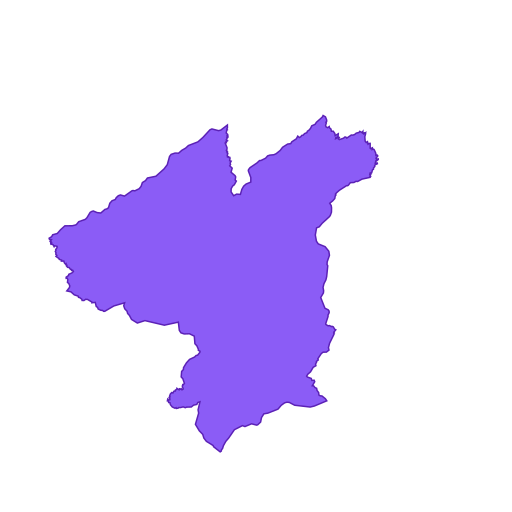 Mansa, Luapula, Zambia (Equal Earth projection), rotated 47°
{"feature_id": "96606910B48291631033153", "entity_name": "Mansa", "entity_type": "district", "adm_level": 2, "iso_a3": "ZMB", "parent_name": "Zambia", "parent_adm1": "Luapula", "projection": "equal_earth", "projection_center": [28.97, -11.124], "detail": "fine", "context": "isolated", "style": "filled", "palette": "violet", "viewbox_px": 512, "rotation_deg": 47, "n_neighbors": 0, "source": "geoboundaries", "source_scale": "gbopen_adm2", "svg_char_len": 6140}
<svg xmlns="http://www.w3.org/2000/svg" viewBox="0 0 512 512"><g transform="rotate(47 256 256)"><path d="M217.5,390.3L224.1,388.5L227.5,381.3L244.1,370.2L251.4,357.9L258.1,362.8L261.0,363.3L264.0,361.7L267.5,357.7L272.5,355.8L278.5,360.5L281.3,360.5L284.8,361.7L285.7,362.5L287.5,361.9L288.2,362.8L288.7,366.4L287.9,367.7L288.0,369.8L286.3,375.1L286.7,379.7L288.2,385.1L289.5,386.5L289.7,389.1L293.4,393.2L295.8,393.2L300.3,395.2L300.5,396.7L300.1,397.2L300.6,397.5L300.8,398.6L303.6,399.9L303.4,401.4L302.0,401.2L302.0,401.9L301.2,402.3L301.4,403.0L300.9,402.9L300.9,403.7L298.9,404.1L299.4,404.7L299.1,406.6L299.7,407.1L298.9,408.3L299.5,410.2L298.4,410.7L298.5,412.7L299.6,414.9L300.2,414.9L300.4,416.2L301.0,415.9L302.3,417.0L301.7,418.2L300.5,418.2L301.5,419.6L302.2,419.0L303.6,419.8L304.6,419.0L306.3,420.0L309.3,420.2L312.0,419.1L312.4,417.9L313.2,418.2L314.2,416.6L314.1,415.9L315.3,414.7L316.7,412.1L318.7,411.2L319.2,409.8L322.3,406.3L322.5,403.4L324.2,400.5L323.4,398.5L324.4,396.4L329.0,403.3L331.8,405.1L337.8,415.1L345.2,416.7L350.1,416.6L353.6,418.3L357.7,418.7L365.4,416.6L366.6,417.1L374.8,415.8L375.0,414.4L374.2,413.5L374.0,411.8L372.5,409.2L371.0,404.6L370.5,400.2L368.3,390.2L370.8,381.6L373.2,380.4L375.7,373.7L380.1,370.9L380.6,369.9L380.6,365.9L377.9,362.1L376.8,357.9L379.0,354.5L383.0,344.3L382.4,339.4L382.9,335.2L384.0,333.1L385.8,331.5L391.5,329.5L403.4,319.4L405.5,315.7L410.2,303.0L407.7,302.6L403.4,303.2L402.0,304.4L400.5,304.8L398.6,303.3L396.1,303.1L394.1,301.9L392.4,302.6L390.3,302.4L389.3,303.3L388.0,298.8L386.5,298.2L385.1,300.0L383.2,299.1L379.5,301.0L378.4,300.9L377.8,298.8L377.9,295.1L376.4,290.1L377.1,287.0L375.6,286.1L375.0,284.2L374.3,283.7L374.5,281.4L373.3,280.8L371.9,274.8L372.1,272.5L374.3,270.1L374.6,266.8L372.4,265.5L370.0,261.7L366.4,252.3L365.7,251.9L365.7,251.2L364.8,251.1L364.4,248.0L363.3,248.4L360.5,247.8L359.2,248.4L359.0,249.1L357.1,249.6L356.2,250.9L353.7,251.6L353.0,251.1L349.4,244.6L348.3,243.6L347.4,241.2L346.1,240.1L344.6,239.9L341.2,241.2L330.5,237.0L329.0,231.9L327.5,230.2L324.7,228.4L322.6,225.2L321.1,221.1L319.3,218.4L312.1,210.2L310.6,209.8L308.8,207.9L305.6,201.8L302.2,199.5L296.3,199.1L289.6,202.2L286.4,201.7L281.1,198.3L276.7,192.5L277.8,189.8L277.2,185.4L277.3,175.3L276.9,173.8L275.4,170.9L272.3,167.9L270.4,166.6L267.7,166.1L268.0,162.5L267.7,159.2L266.1,157.1L265.9,155.9L264.9,155.7L264.7,153.9L264.8,150.1L266.3,141.8L267.1,141.0L267.2,140.1L266.7,137.0L269.0,134.3L269.6,131.9L270.8,130.9L272.1,126.0L276.3,118.9L276.1,118.2L275.6,118.6L274.6,116.4L274.0,117.2L273.1,115.9L274.0,114.6L272.4,112.0L272.7,111.0L271.7,109.9L271.6,108.1L270.7,107.5L270.6,106.4L271.3,104.3L270.7,103.9L269.4,105.4L267.9,102.9L268.4,101.8L268.7,102.1L268.8,100.8L268.3,100.4L267.7,101.5L266.3,101.5L265.9,98.7L264.6,98.6L264.2,99.7L262.5,98.3L259.0,97.1L258.0,97.1L257.3,98.5L256.2,97.2L255.6,99.0L255.1,99.0L251.5,95.7L250.8,96.5L250.6,97.8L248.4,96.5L248.2,98.0L246.4,97.8L243.0,95.1L241.3,92.4L240.6,92.6L240.4,91.8L239.9,92.7L240.3,93.1L239.4,93.1L239.9,94.0L238.2,94.3L237.7,93.4L237.7,94.4L235.6,95.1L235.9,96.4L234.5,98.9L234.4,101.1L233.6,102.8L232.5,103.8L231.7,109.2L230.3,109.2L229.6,109.8L229.5,111.7L227.7,115.7L226.7,115.9L226.1,114.2L225.6,114.4L224.5,117.8L223.8,116.8L224.5,115.9L224.4,114.3L222.7,112.5L221.9,116.0L220.2,114.8L217.4,114.4L216.2,115.8L214.3,114.6L212.1,114.8L211.3,114.2L211.0,116.1L209.4,116.7L208.0,116.1L206.6,113.8L205.8,113.7L205.8,112.6L204.8,111.6L201.6,110.3L199.0,111.1L199.6,112.7L199.4,120.7L200.0,123.0L198.8,126.4L199.8,129.0L200.1,131.2L199.8,133.4L200.5,134.6L199.6,137.0L199.8,139.1L199.0,140.3L199.3,141.9L198.9,143.5L196.8,143.7L197.8,146.6L196.9,151.9L197.5,154.0L195.7,156.5L194.6,162.4L195.3,166.3L194.9,171.6L194.1,173.9L191.7,177.0L190.7,179.2L191.0,182.3L189.5,187.3L188.6,188.3L188.6,191.9L187.3,200.1L187.7,202.5L188.4,203.5L195.1,206.3L198.4,209.4L196.6,214.2L196.5,217.4L197.6,220.9L200.3,225.4L197.5,228.0L196.7,231.2L192.1,230.5L189.8,228.2L188.9,225.3L189.1,223.3L187.8,219.3L186.2,219.4L184.3,216.9L182.9,216.5L177.7,217.1L175.5,213.5L172.1,213.7L171.7,212.2L170.4,211.6L169.7,209.5L168.3,210.3L166.7,208.2L165.9,207.9L165.3,208.7L164.6,208.4L164.1,209.3L162.9,208.5L161.7,206.6L161.0,206.8L160.4,205.9L159.8,206.3L159.5,205.6L158.5,205.6L158.1,204.4L157.0,203.3L152.4,201.5L152.9,200.4L152.0,200.1L152.3,198.3L150.8,198.6L150.5,197.3L149.8,196.9L150.0,196.1L149.3,196.0L149.7,195.2L148.8,194.5L148.2,194.9L147.8,193.8L145.7,193.9L144.1,191.7L144.2,190.9L143.2,190.8L142.8,189.5L140.7,187.6L139.9,195.9L138.8,197.9L133.0,201.6L132.3,203.6L133.1,214.0L132.9,220.7L129.1,230.1L129.1,233.9L128.1,238.2L128.0,242.5L125.5,245.0L123.8,248.7L124.2,251.3L128.7,258.6L129.6,263.8L129.4,274.8L124.9,282.2L125.5,285.4L124.8,289.0L126.7,292.6L127.1,295.6L125.7,300.2L124.2,301.3L123.7,302.3L122.5,311.3L118.9,313.5L118.0,315.6L118.0,318.4L118.7,320.4L117.4,323.6L117.7,326.9L120.1,331.0L119.8,333.1L118.9,334.7L118.7,340.2L115.9,342.6L112.1,344.3L111.3,346.0L111.0,347.6L112.7,353.5L112.8,355.8L110.0,362.2L110.5,365.9L110.2,366.9L108.6,369.7L103.6,375.2L103.5,381.0L104.0,386.0L101.8,390.2L102.5,392.3L101.9,395.2L103.2,395.8L104.5,394.5L105.0,396.6L105.9,396.2L106.3,397.2L107.3,397.8L107.4,396.9L108.0,397.5L109.3,396.7L111.5,397.3L111.2,396.3L113.3,394.9L114.2,395.8L114.7,398.1L115.3,398.3L115.8,399.7L117.3,400.1L118.1,401.2L119.7,401.2L119.9,402.6L123.6,401.8L124.3,402.2L126.4,401.0L127.0,401.8L128.7,400.0L130.2,400.8L132.0,400.9L132.1,400.2L133.0,400.9L133.8,400.6L134.0,401.4L135.8,401.5L137.1,400.5L139.2,400.8L139.9,400.2L140.8,400.7L141.4,399.8L142.8,400.1L142.8,402.3L141.7,405.4L142.4,406.5L142.0,409.3L142.9,410.1L143.5,409.3L144.8,409.6L146.7,411.9L148.5,411.7L150.9,412.6L151.8,413.9L152.5,418.2L156.0,415.8L160.5,415.4L164.1,413.4L165.2,414.0L166.2,413.3L168.8,412.9L169.9,413.5L171.2,412.2L171.5,410.1L172.9,408.8L177.9,407.4L178.3,407.9L180.3,405.2L184.0,407.3L185.5,406.9L187.2,407.6L189.9,406.5L191.2,405.3L192.5,405.2L193.3,404.3L195.6,394.0L200.6,384.0L202.2,386.7L205.1,388.0L208.5,388.0L210.5,389.1L213.1,389.1L217.5,390.3Z" fill="#8b5cf6" stroke="#5b21b6" stroke-width="1.5"/></g></svg>